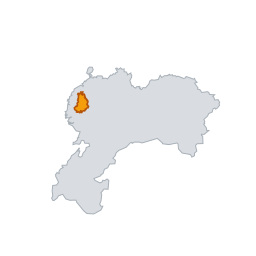 location of Jiangxi within China, rotated 161°
{"feature_id": "CHN-1817", "entity_name": "Jiangxi", "entity_type": "Province", "adm_level": 1, "iso_a3": "CHN", "parent_name": "China", "parent_adm1": "", "projection": "mercator", "projection_center": [115.66, 27.278], "detail": "fine", "context": "in_parent", "style": "filled", "palette": "amber", "viewbox_px": 256, "rotation_deg": 161, "n_neighbors": 0, "source": "natural_earth", "source_scale": "10m", "svg_char_len": 7292}
<svg xmlns="http://www.w3.org/2000/svg" viewBox="0 0 256 256"><g transform="rotate(161 128 128)"><path d="M139.8,187.2L135.7,185.7L135.3,183.9L136.0,183.0L133.1,182.5L131.4,181.1L127.2,183.8L126.2,183.0L124.2,184.1L122.7,183.1L121.6,184.3L120.3,184.0L119.7,184.7L120.3,188.4L118.8,188.3L118.3,186.4L115.4,187.3L114.7,185.5L112.4,185.1L113.4,182.4L111.4,181.6L110.9,179.2L111.3,178.4L107.4,179.1L107.8,178.1L107.3,176.7L108.2,174.6L110.8,172.4L110.8,166.5L109.7,166.6L109.1,164.5L107.7,163.2L106.6,164.2L103.4,163.5L104.3,162.3L103.9,161.3L103.0,161.7L103.6,160.6L102.6,159.9L100.6,161.3L98.3,160.3L94.0,162.8L92.2,165.2L90.0,165.9L87.8,164.7L83.6,164.0L80.4,167.4L79.6,164.7L76.5,165.6L73.4,164.6L72.7,165.2L71.9,164.6L71.4,165.3L70.5,164.0L68.7,163.9L68.8,162.9L65.9,161.8L65.6,160.7L63.9,160.8L59.2,156.7L57.2,156.7L56.3,157.8L50.0,152.8L48.9,153.2L48.9,150.8L47.8,148.7L50.4,148.8L48.8,143.2L49.6,142.1L47.5,140.8L46.7,137.6L40.9,136.4L40.1,135.4L39.9,133.1L35.3,131.2L37.6,130.3L36.9,129.4L36.8,126.2L33.5,125.4L33.0,122.1L33.9,121.6L34.1,119.7L36.8,117.9L39.0,117.3L39.4,118.6L41.4,118.4L43.2,115.7L47.0,115.4L48.9,113.4L53.5,111.4L53.3,108.8L54.5,107.9L54.0,107.2L55.2,106.7L53.9,102.7L54.3,100.0L52.4,99.3L58.1,97.2L60.6,98.2L60.9,96.9L60.0,96.1L62.2,88.9L67.7,90.6L69.9,89.5L70.5,83.7L73.2,82.7L74.2,80.1L77.1,79.7L77.6,82.6L84.9,86.7L87.1,91.8L85.9,96.4L86.6,97.9L94.8,99.0L100.5,101.9L100.4,102.9L103.7,108.6L119.6,109.3L121.7,110.9L126.5,112.6L129.0,112.1L129.0,113.0L130.5,113.3L136.0,110.4L144.0,109.8L147.3,108.4L149.2,105.9L152.1,104.4L150.4,101.5L152.0,98.5L157.2,99.9L160.2,97.0L163.7,96.7L166.5,93.0L168.8,92.7L169.2,91.7L176.7,91.3L176.2,89.1L172.5,85.3L170.2,85.3L168.9,86.8L167.1,85.8L164.4,86.6L163.2,84.6L166.8,76.6L170.5,78.1L174.8,75.4L174.5,73.7L177.3,67.8L179.5,65.4L179.2,63.0L177.3,62.2L180.2,59.3L188.3,57.9L194.7,60.5L196.8,64.0L200.7,74.7L200.6,76.7L206.7,78.7L209.9,81.2L211.3,86.6L215.9,86.5L218.0,84.7L221.6,83.5L222.7,84.0L223.0,86.5L221.2,88.4L220.2,93.2L217.9,98.2L214.0,97.3L211.3,99.4L212.1,105.8L211.5,107.8L209.5,108.5L209.9,109.4L207.9,107.4L207.3,109.7L204.9,111.4L202.1,111.7L202.9,113.2L202.5,114.2L198.0,112.8L195.8,116.2L192.3,118.0L190.4,120.2L186.0,121.5L180.8,124.9L180.6,124.2L182.4,123.4L182.8,122.3L181.1,122.3L181.1,121.7L184.2,117.8L182.8,115.9L180.8,116.2L178.6,118.9L175.2,120.8L174.0,123.1L170.2,123.3L169.9,126.2L173.8,127.7L173.9,130.5L174.9,131.2L176.4,131.2L177.9,129.1L179.5,128.5L182.2,130.0L185.4,130.2L184.4,132.4L183.1,131.9L179.7,133.2L179.1,135.1L177.7,134.9L178.0,135.7L174.5,140.0L178.0,142.2L179.8,148.2L182.8,151.0L182.6,151.7L178.8,150.2L177.2,150.9L179.4,150.7L182.8,154.1L179.9,156.5L178.5,156.5L177.7,157.0L181.0,156.8L183.6,158.4L181.8,159.7L183.3,159.7L183.1,161.0L181.6,161.0L182.4,161.6L181.7,162.7L182.1,164.0L180.7,163.8L179.5,165.0L177.3,169.8L175.9,169.2L176.8,170.8L175.5,171.8L174.5,171.6L176.0,172.0L176.0,174.1L174.6,173.9L174.9,174.6L174.0,174.7L173.0,176.7L170.4,177.2L171.1,178.0L169.0,180.2L167.5,180.0L166.2,182.4L158.5,183.9L157.0,181.9L156.4,182.5L157.1,184.8L155.7,184.9L154.1,186.3L153.4,185.7L153.2,186.5L152.1,186.1L151.0,187.1L147.3,187.8L146.5,189.1L147.6,190.5L147.1,191.3L145.7,191.0L145.0,189.2L145.8,187.3L144.7,186.6L143.4,187.5L141.3,185.9L141.4,186.8L139.8,187.2ZM148.1,191.8L149.2,193.4L146.3,197.4L144.6,198.1L142.0,197.1L141.9,194.5L143.8,192.6L148.1,191.8ZM182.9,152.5L181.9,152.3L180.9,151.3L181.7,151.5L182.9,152.5ZM184.2,157.6L183.4,157.8L183.3,157.4L184.2,157.6ZM176.6,173.4L176.2,173.9L176.3,173.2L176.6,173.4ZM146.9,188.9L147.7,188.7L147.6,189.0L146.9,188.9Z" fill="#d9dde1" stroke="#a8b0b8" stroke-width="1"/><path d="M158.4,174.0L158.3,173.9L158.3,173.7L158.4,173.4L158.2,173.1L158.2,172.9L158.3,172.7L158.5,172.4L158.5,171.9L158.7,171.7L158.8,171.7L159.0,171.5L159.1,171.4L159.0,171.2L158.8,171.3L158.6,171.4L158.4,171.4L158.3,171.2L158.5,171.0L158.6,170.6L158.7,170.4L158.7,170.2L158.8,170.0L158.5,169.9L158.4,169.8L158.2,169.8L158.1,169.7L158.0,169.1L158.1,168.8L158.2,168.7L157.9,168.3L157.8,168.2L157.7,168.2L157.8,167.9L157.9,167.7L158.0,167.5L158.0,167.3L157.8,167.2L157.7,167.2L157.6,167.3L157.3,167.3L157.2,167.2L157.2,166.7L157.2,166.3L157.3,166.1L157.6,165.6L157.6,165.2L157.8,165.0L158.2,164.9L158.5,164.7L158.5,164.4L158.8,164.1L159.0,164.0L159.2,163.7L159.0,163.4L159.0,163.2L158.9,163.2L158.7,163.1L158.8,162.9L158.9,162.6L158.9,162.2L158.6,161.9L158.4,161.7L158.2,161.6L158.2,161.2L158.5,160.9L158.7,160.7L158.8,160.7L159.0,160.7L159.2,160.4L159.3,160.3L159.3,160.2L159.6,160.3L159.8,160.3L160.5,160.1L160.8,160.2L161.0,160.1L161.1,159.9L161.2,159.7L161.3,159.6L161.5,159.5L161.8,159.5L162.0,159.6L162.0,159.4L161.9,159.2L162.1,159.1L162.3,159.2L162.4,159.3L162.7,159.2L162.8,159.0L162.9,158.9L163.0,158.6L163.1,158.4L163.3,158.4L163.5,158.4L163.8,158.4L163.9,158.6L164.3,158.8L164.7,158.8L165.0,158.7L165.4,158.7L165.5,158.6L165.8,158.4L166.2,158.3L166.3,158.3L166.3,158.2L166.5,157.8L166.7,157.7L166.9,157.7L167.0,157.7L167.2,157.8L167.4,158.1L167.5,158.2L167.4,158.4L167.2,158.8L166.9,158.9L166.7,159.2L166.9,159.3L167.0,159.5L167.1,159.4L167.3,159.5L167.7,159.1L168.1,158.9L168.1,158.7L168.1,158.4L168.2,158.2L168.3,158.2L168.5,158.2L168.5,158.3L168.6,158.5L168.8,158.4L168.9,158.5L169.0,158.5L169.2,158.9L169.3,159.1L169.5,159.2L169.5,159.3L169.8,159.3L170.0,159.5L170.3,159.4L170.6,159.5L170.7,159.4L170.9,159.4L171.0,159.5L171.3,159.7L171.3,159.9L171.5,160.0L171.3,160.4L171.1,160.4L171.1,160.5L170.9,160.9L170.9,161.0L171.1,161.2L171.1,161.3L171.3,161.4L171.6,161.6L171.8,161.8L171.9,162.0L172.1,162.2L172.1,162.4L172.2,162.6L172.2,162.9L172.3,163.0L172.4,163.3L172.4,163.7L172.4,163.8L172.3,164.0L172.1,164.1L172.0,164.3L172.0,164.7L171.9,164.7L171.5,164.8L171.4,164.8L171.2,165.0L170.9,165.1L170.5,165.2L170.4,165.2L170.3,165.3L170.3,165.5L170.2,165.6L169.9,165.6L169.7,165.5L169.7,165.4L169.5,165.2L169.4,165.1L169.1,165.3L168.9,165.5L168.7,165.5L168.7,165.8L168.5,166.0L168.3,166.2L168.1,166.6L168.1,166.8L168.2,167.0L168.1,167.3L168.3,167.5L168.2,167.7L168.0,167.8L167.9,168.1L167.6,168.4L167.3,168.5L167.1,168.5L166.9,168.6L166.7,168.6L166.4,168.9L166.4,169.3L166.3,169.5L166.4,169.8L166.4,170.0L166.5,170.2L166.6,170.6L166.4,170.6L165.9,171.0L166.0,171.2L166.0,171.3L165.9,171.8L165.7,172.1L165.3,172.3L165.2,172.3L165.1,172.6L165.1,172.8L165.0,173.0L164.9,173.0L164.8,173.3L164.7,173.7L164.6,174.1L164.6,174.3L164.5,174.5L164.4,174.6L164.2,174.7L164.2,174.8L164.3,175.1L164.3,175.3L164.3,175.5L164.2,175.5L164.3,175.6L164.4,175.8L164.2,175.8L163.9,176.0L163.9,176.3L164.0,176.5L164.1,176.9L163.8,177.0L163.7,177.0L163.6,176.8L163.3,176.5L163.1,176.4L163.0,176.2L162.9,176.2L162.7,176.2L162.6,176.3L162.5,176.2L162.4,176.2L162.3,176.3L162.2,176.5L161.9,176.5L161.8,176.4L161.7,176.4L161.7,176.5L161.4,176.6L161.2,176.8L161.1,176.7L160.9,176.7L160.7,176.9L160.7,177.0L160.6,176.9L160.3,177.0L160.0,176.9L159.9,177.0L159.7,177.1L159.6,176.9L159.4,176.8L159.3,176.6L159.1,176.6L159.3,176.3L159.5,176.2L159.7,175.8L159.7,175.6L159.8,175.5L160.0,175.4L160.2,175.2L160.5,175.2L160.8,175.0L160.6,174.9L160.7,174.6L160.6,174.4L160.4,174.3L160.3,174.2L160.2,174.0L159.8,174.1L159.7,174.3L159.4,174.4L159.1,174.4L158.9,174.4L158.7,174.5L158.5,174.4L158.5,174.1L158.5,173.9L158.4,174.0Z" fill="#f59e0b" stroke="#b45309" stroke-width="1.5"/></g></svg>